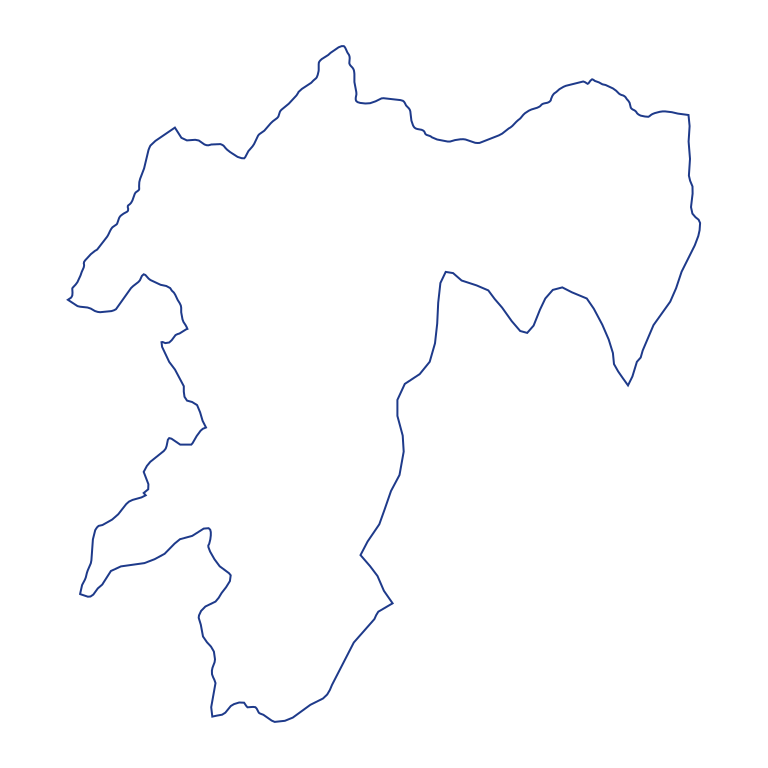 outline of Pool
{"feature_id": "COG-3341", "entity_name": "Pool", "entity_type": "Region", "adm_level": 1, "iso_a3": "COG", "parent_name": "Republic of the Congo", "parent_adm1": "", "projection": "natural_earth1", "projection_center": [14.821, -3.811], "detail": "fine", "context": "isolated", "style": "outline", "palette": "blue", "viewbox_px": 768, "rotation_deg": 0, "n_neighbors": 0, "source": "natural_earth", "source_scale": "10m", "svg_char_len": 6008}
<svg xmlns="http://www.w3.org/2000/svg" viewBox="0 0 768 768"><path d="M688.5,115.0L689.6,126.1L688.6,141.5L690.0,158.9L688.9,175.6L690.1,180.7L692.5,186.5L692.6,193.6L691.0,207.1L692.4,213.6L695.5,217.2L698.6,219.7L700.1,223.0L699.6,230.2L698.3,236.0L694.8,245.3L681.6,271.7L676.1,288.2L670.2,301.7L653.5,325.1L642.7,350.5L640.7,357.5L636.9,361.8L632.4,376.5L628.0,385.4L622.5,377.7L618.2,371.5L614.0,364.1L612.9,353.0L608.7,339.5L602.3,324.7L593.8,308.7L586.8,298.5L571.9,292.3L562.3,287.4L552.8,289.9L545.3,298.5L540.0,309.6L533.6,325.6L527.2,332.9L520.2,331.0L511.7,321.1L502.1,307.6L494.7,299.0L488.3,290.4L476.6,285.4L461.6,280.5L453.1,273.1L445.7,271.9L440.4,283.0L438.2,302.7L437.2,323.6L435.0,343.3L429.7,361.8L419.7,374.1L404.8,383.9L397.4,399.9L397.4,415.9L402.7,435.6L403.7,451.6L399.5,475.0L391.0,491.0L384.6,509.5L379.3,524.3L367.6,541.5L360.5,555.1L370.1,566.2L377.5,576.0L383.9,590.8L392.6,603.3L378.3,611.7L376.2,615.1L374.4,619.1L353.8,642.5L332.0,684.9L329.9,689.9L327.2,694.5L323.0,698.5L310.4,704.8L292.8,717.6L284.9,720.8L274.7,721.9L271.7,720.6L263.4,714.8L260.0,713.5L258.8,712.7L256.7,708.6L255.4,707.2L253.2,706.9L247.5,707.3L246.3,706.0L244.1,702.7L239.2,702.5L234.0,704.1L230.8,706.0L225.3,712.7L222.1,714.7L217.0,715.6L212.3,716.6L211.2,707.2L215.5,683.1L214.4,679.9L213.1,677.2L212.0,674.2L211.9,670.6L212.5,667.7L214.6,662.2L215.0,659.3L213.9,651.6L211.0,646.6L207.0,642.3L203.0,636.5L200.8,624.7L198.7,617.8L199.0,615.4L201.1,610.9L205.4,606.5L215.5,601.6L218.7,597.8L221.6,593.0L226.1,587.2L229.9,581.1L230.7,575.3L229.0,573.2L219.7,566.3L214.5,559.3L210.1,551.6L208.4,547.1L208.3,545.5L209.2,543.8L210.3,539.4L210.8,535.4L210.8,532.1L210.2,529.7L208.6,528.2L203.7,528.6L192.2,535.9L180.0,539.2L174.6,543.6L164.6,553.8L154.6,559.2L144.4,563.1L120.9,566.4L110.9,571.0L103.1,583.2L102.6,584.1L102.0,584.8L97.8,588.4L93.3,594.6L90.5,596.5L87.9,596.7L80.1,594.1L80.1,593.9L82.1,585.0L84.9,579.7L85.8,577.4L86.9,572.9L87.7,570.5L90.8,563.3L91.4,560.3L92.9,539.4L95.2,530.2L95.8,529.2L97.0,527.4L98.6,525.9L102.5,525.0L112.1,519.6L118.2,514.3L126.2,504.1L129.0,501.6L132.6,499.9L141.5,497.4L145.7,495.3L143.7,493.0L148.2,489.3L148.4,484.2L143.7,471.9L146.9,465.9L150.3,461.8L163.9,450.9L165.7,448.6L166.6,446.0L167.9,439.7L169.2,438.1L171.5,438.7L180.2,444.6L191.3,444.6L192.6,443.1L196.7,436.0L200.6,430.7L202.8,428.8L206.0,427.5L202.6,420.8L200.1,412.3L197.1,405.1L192.1,402.0L187.0,400.6L184.5,396.8L183.8,391.7L183.8,386.2L175.0,369.6L169.2,361.9L162.1,346.9L161.5,342.2L162.6,342.0L165.3,343.1L169.2,342.5L171.7,340.2L175.5,335.1L177.5,334.1L179.5,333.5L186.2,329.3L187.4,328.9L186.7,327.2L185.5,325.0L183.5,322.0L182.5,319.4L181.2,312.3L181.2,307.8L180.8,305.5L179.6,303.0L177.7,300.0L175.3,294.9L173.9,292.6L171.8,290.6L170.2,288.1L166.3,286.0L160.6,284.8L150.4,280.0L148.6,278.6L145.4,275.0L143.7,274.3L141.9,275.9L139.9,280.3L138.4,282.0L133.1,286.1L131.0,288.1L116.0,309.2L113.9,310.3L111.4,311.1L100.1,312.2L97.7,311.9L94.9,311.0L90.8,308.6L87.5,307.5L80.0,306.7L77.5,306.1L67.9,299.8L71.0,297.7L71.7,296.7L72.3,295.4L72.5,292.7L72.3,289.3L72.3,288.4L72.7,287.7L75.6,284.6L77.4,282.2L80.5,275.5L81.7,272.0L83.7,267.5L84.1,265.5L84.0,264.1L83.8,263.5L83.9,262.9L84.1,261.9L85.1,260.4L90.8,254.2L94.9,250.9L96.7,249.9L97.3,249.4L107.2,236.6L108.3,234.7L110.1,230.9L111.2,228.9L112.4,227.3L116.7,224.3L117.2,223.5L119.1,218.0L120.0,216.5L121.1,215.4L123.6,213.6L127.1,211.7L128.0,210.7L128.2,208.8L127.8,207.5L127.8,206.1L128.2,205.4L129.8,204.2L131.1,202.8L132.4,200.5L134.7,194.0L135.6,192.5L138.2,190.6L139.1,189.6L139.2,188.5L139.1,186.2L139.3,182.1L140.1,178.9L144.1,168.4L148.5,150.0L149.4,147.7L150.4,145.6L155.4,140.9L174.9,127.6L181.4,137.8L186.9,140.4L195.2,139.8L198.8,140.5L204.5,144.5L206.6,145.2L208.4,145.3L211.4,144.5L220.4,144.1L221.9,144.7L223.3,145.5L224.3,146.5L225.1,147.6L227.1,149.7L230.3,152.2L237.6,156.9L241.7,158.2L244.2,158.3L245.2,157.2L248.4,151.1L252.5,146.4L254.1,144.0L258.0,135.8L258.8,134.7L259.6,134.0L264.3,130.7L270.7,123.3L272.8,121.3L277.2,118.0L277.8,117.3L278.4,116.5L279.7,112.4L280.0,111.6L280.5,110.8L281.5,109.7L288.8,103.7L296.5,95.4L298.1,92.9L298.5,92.0L301.9,88.9L311.2,82.8L313.4,80.5L316.1,78.2L316.4,77.8L316.7,77.4L317.0,76.7L317.7,74.9L318.6,71.0L318.7,69.8L318.7,64.2L318.9,62.4L320.0,60.7L321.7,59.1L328.2,55.0L330.6,52.8L338.6,47.3L341.7,46.1L343.8,46.1L344.8,47.1L345.5,48.3L347.4,52.5L349.0,54.9L349.5,56.4L349.7,58.1L349.3,63.2L349.8,64.6L350.6,65.7L352.5,67.7L353.3,68.9L353.9,70.3L354.2,72.1L354.4,74.0L354.4,82.0L356.3,92.1L356.4,93.6L356.4,94.5L355.8,97.4L355.7,99.1L356.0,100.7L357.5,102.1L360.1,102.9L365.4,103.5L370.1,103.2L375.6,101.3L381.5,98.4L383.5,98.2L400.5,100.1L402.9,100.8L404.0,101.7L404.8,102.9L406.1,105.5L409.0,108.5L409.8,109.8L410.3,111.3L411.4,120.6L413.0,125.3L413.7,126.6L414.6,127.7L415.8,128.5L417.3,129.0L421.6,129.8L423.1,130.5L424.2,131.4L424.7,132.4L425.0,133.2L425.2,133.6L425.6,134.2L426.6,134.9L429.9,136.0L430.9,136.5L431.9,137.3L437.1,139.5L447.5,141.5L450.2,141.5L455.0,140.1L460.3,139.3L463.2,139.2L465.5,139.5L475.2,142.8L477.6,143.0L479.6,142.9L498.8,135.4L502.2,133.6L508.8,128.4L510.4,127.5L512.4,125.9L516.3,121.8L518.4,119.9L519.5,119.1L520.5,118.2L523.3,114.8L525.0,113.2L528.8,110.7L531.4,109.5L537.3,107.7L539.5,106.6L540.2,106.1L541.7,104.5L542.7,103.9L544.2,103.4L547.6,102.7L549.4,101.8L550.7,100.5L551.1,98.9L552.3,96.0L553.0,94.9L554.0,93.6L556.4,91.9L559.4,89.2L563.5,86.8L565.9,85.8L583.2,81.5L584.9,82.1L587.6,83.8L588.5,83.3L590.5,80.6L592.1,79.3L593.4,79.8L594.8,80.9L599.0,82.4L602.4,84.3L605.6,85.0L612.9,88.4L616.1,90.7L619.1,93.7L620.2,94.4L621.5,95.0L623.0,95.4L624.3,96.1L625.4,97.0L627.0,99.4L628.0,100.4L628.8,101.5L629.6,102.8L630.8,107.7L631.7,108.8L632.9,109.6L634.2,110.2L635.4,111.0L636.3,112.0L637.1,113.3L638.5,114.5L640.6,115.6L644.9,116.5L648.3,116.8L648.9,116.5L649.7,116.0L650.6,115.2L652.3,114.1L654.8,113.1L659.8,111.8L662.7,111.4L665.1,111.4L671.9,112.2L677.9,113.6L688.5,115.0Z" fill="none" stroke="#1e3a8a" stroke-width="2"/></svg>